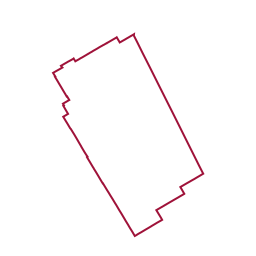 outline of Castellanos, Santa Fe, Argentina, rotated 138°
{"feature_id": "61730980B49644503791094", "entity_name": "Castellanos", "entity_type": "district", "adm_level": 2, "iso_a3": "ARG", "parent_name": "Argentina", "parent_adm1": "Santa Fe", "projection": "robinson", "projection_center": [-61.604, -31.24], "detail": "fine", "context": "isolated", "style": "outline", "palette": "rose", "viewbox_px": 256, "rotation_deg": 138, "n_neighbors": 0, "source": "geoboundaries", "source_scale": "gbopen_adm2", "svg_char_len": 2502}
<svg xmlns="http://www.w3.org/2000/svg" viewBox="0 0 256 256"><g transform="rotate(138 128 128)"><path d="M60.8,193.7L62.5,194.0L62.9,194.1L63.9,194.3L64.6,194.5L65.3,194.6L66.2,194.8L66.8,194.9L69.0,195.4L70.6,195.7L72.0,196.0L73.3,196.3L74.7,196.6L74.9,196.6L76.9,197.1L76.8,197.5L76.5,198.8L76.3,200.0L76.1,201.0L75.7,202.9L75.8,202.9L80.5,203.9L86.7,205.2L86.8,205.2L86.8,205.3L88.9,205.7L90.3,206.0L91.2,206.3L91.3,206.3L91.5,206.3L93.6,206.8L95.4,207.2L97.1,207.5L98.6,207.8L99.9,208.1L100.0,208.1L100.4,208.2L102.1,208.6L104.0,208.9L105.2,209.2L106.6,209.5L106.8,209.5L107.9,209.7L108.0,209.8L108.3,209.8L108.9,209.9L109.1,210.0L110.3,210.2L111.7,210.5L113.2,210.8L115.6,211.3L116.2,211.5L117.3,211.7L119.0,212.0L120.6,212.4L122.5,212.8L122.4,213.2L122.3,213.8L122.1,215.1L121.9,216.0L122.0,216.0L124.5,216.5L125.7,216.8L127.1,217.1L127.7,217.3L129.7,217.7L132.4,218.3L134.5,218.7L136.2,219.1L136.3,218.2L136.3,217.7L136.3,217.1L136.3,216.8L136.7,216.9L137.5,217.1L138.2,217.2L143.9,218.5L146.8,219.1L147.6,214.8L148.0,214.9L148.4,212.9L148.4,212.7L148.6,211.9L148.6,211.7L149.6,206.8L150.5,202.2L151.3,198.3L152.0,194.7L152.1,194.3L152.4,192.8L152.5,192.4L152.1,192.3L152.9,188.1L160.1,189.6L160.5,187.6L161.2,187.8L162.2,183.1L163.1,178.6L166.2,179.2L168.6,179.7L169.6,174.6L170.0,172.3L171.1,166.8L171.1,166.7L171.2,166.3L171.1,165.7L172.0,160.8L172.2,159.6L172.3,159.1L173.2,154.6L174.4,149.0L175.1,145.6L175.2,145.4L176.0,141.4L176.4,139.4L176.9,136.5L177.3,133.7L178.0,133.8L179.2,127.6L180.3,122.1L180.3,121.7L180.6,120.6L181.3,116.6L182.2,112.0L182.6,110.1L183.5,105.6L183.8,103.8L183.9,103.6L183.9,103.4L183.7,103.4L185.2,95.5L185.7,92.5L186.3,89.5L186.3,89.4L186.9,86.0L186.9,85.9L188.0,80.3L188.1,79.5L189.2,74.1L189.4,73.2L189.9,70.4L190.1,69.2L190.6,66.7L191.6,61.7L191.7,61.4L192.8,55.4L192.9,55.1L193.5,52.1L194.2,48.1L195.1,43.7L195.2,43.2L193.0,42.7L192.5,42.7L190.6,42.3L189.6,42.1L188.4,41.8L182.8,40.7L180.9,40.3L178.9,39.9L176.4,39.4L176.2,39.4L171.2,38.4L170.0,38.2L167.8,37.7L165.6,37.2L164.1,36.9L163.6,39.0L161.9,48.0L146.0,44.7L143.7,44.2L142.2,43.9L138.5,43.1L137.1,42.8L135.0,42.4L130.4,41.4L130.2,41.4L130.1,41.9L129.9,42.9L129.2,46.1L128.6,49.1L125.2,48.4L120.9,47.5L117.8,46.8L117.2,46.7L113.6,45.9L112.8,45.7L110.6,45.3L106.3,44.4L106.2,44.4L102.7,43.7L102.6,44.1L100.3,52.7L96.1,67.9L91.9,83.1L88.7,94.6L84.2,110.9L81.2,121.9L76.3,139.8L71.2,158.3L67.0,173.9L63.8,185.3L62.1,191.7L61.8,192.8L60.8,193.7Z" fill="none" stroke="#9f1239" stroke-width="2"/></g></svg>